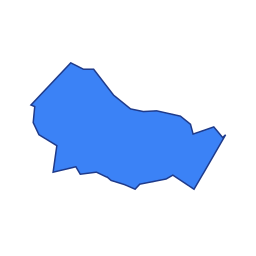 Oconee, Georgia, United States of America, rotated 156°
{"feature_id": "52423323B77419702079758", "entity_name": "Oconee", "entity_type": "district", "adm_level": 2, "iso_a3": "USA", "parent_name": "United States of America", "parent_adm1": "Georgia", "projection": "equal_earth", "projection_center": [-83.449, 33.832], "detail": "fine", "context": "isolated", "style": "filled", "palette": "blue", "viewbox_px": 256, "rotation_deg": 156, "n_neighbors": 0, "source": "geoboundaries", "source_scale": "gbopen_adm2", "svg_char_len": 554}
<svg xmlns="http://www.w3.org/2000/svg" viewBox="0 0 256 256"><g transform="rotate(156 128 128)"><path d="M107.3,136.8L117.9,144.4L127.8,163.8L135.5,195.7L144.8,199.8L153.8,210.8L207.3,188.5L204.5,185.5L212.4,171.5L212.1,158.1L200.2,140.8L214.4,118.1L191.4,113.8L190.4,105.2L174.8,100.5L167.5,91.9L167.0,91.7L164.8,87.0L154.2,77.7L146.4,69.2L140.1,71.9L113.9,65.9L106.2,66.7L92.6,45.2L79.0,55.0L77.1,56.3L41.6,82.1L45.4,80.8L49.2,94.1L71.0,96.0L69.4,106.0L75.3,117.5L94.8,132.0L107.3,136.8Z" fill="#3b82f6" stroke="#1e3a8a" stroke-width="1.5"/></g></svg>